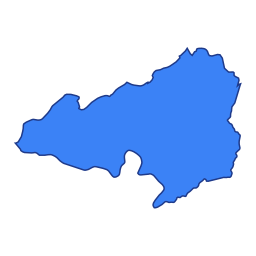 SVG path tracing the border of Bong
{"feature_id": "LBR-784", "entity_name": "Bong", "entity_type": "County", "adm_level": 1, "iso_a3": "LBR", "parent_name": "Liberia", "parent_adm1": "", "projection": "mercator", "projection_center": [-9.669, 6.93], "detail": "fine", "context": "isolated", "style": "filled", "palette": "blue", "viewbox_px": 256, "rotation_deg": 0, "n_neighbors": 0, "source": "natural_earth", "source_scale": "10m", "svg_char_len": 4310}
<svg xmlns="http://www.w3.org/2000/svg" viewBox="0 0 256 256"><path d="M179.3,56.1L180.7,55.5L185.4,51.0L187.2,48.3L190.3,53.8L192.2,55.4L194.6,51.8L195.5,51.5L196.3,51.0L196.7,49.2L197.3,48.7L198.8,48.4L201.5,48.3L203.8,48.6L205.0,49.0L206.3,49.9L207.4,51.3L208.6,54.5L209.5,55.6L212.0,56.0L217.5,54.5L220.0,54.8L222.3,58.1L224.5,68.3L228.5,72.0L229.5,72.1L233.1,72.0L234.0,72.7L234.1,75.5L235.3,76.5L238.5,78.1L239.0,80.2L237.5,85.8L239.4,84.2L240.6,83.8L240.1,85.2L234.8,102.9L231.9,106.9L231.6,109.3L231.5,111.0L230.8,112.9L230.6,114.4L230.5,116.6L230.2,117.2L227.5,119.9L227.5,120.6L228.5,121.7L229.4,123.1L230.0,123.5L231.5,124.2L232.0,124.9L232.4,125.8L232.8,127.1L233.4,127.9L233.9,128.5L234.4,129.2L234.8,131.0L235.3,131.6L236.0,131.9L236.5,132.0L237.2,132.0L237.5,132.2L237.9,132.4L238.7,133.8L240.1,135.2L240.1,136.4L239.2,141.0L239.1,142.8L239.2,144.4L239.9,147.7L239.8,148.8L239.3,149.6L238.1,150.6L237.6,151.2L236.9,151.8L236.3,152.4L235.8,153.2L235.9,154.0L236.4,154.6L236.9,155.7L236.9,156.5L236.6,157.2L235.4,158.3L235.1,159.0L234.8,159.8L234.3,160.6L233.3,162.2L233.3,163.0L233.6,164.0L233.0,166.4L232.6,167.3L232.0,168.2L230.8,169.7L230.8,170.5L231.9,172.5L232.0,173.6L231.1,176.2L230.4,177.0L229.7,177.3L228.0,177.2L226.3,177.5L223.6,177.4L208.3,181.2L206.5,181.1L206.2,180.2L205.8,179.5L204.6,178.9L203.9,179.2L203.4,179.8L202.4,180.8L200.0,182.5L199.3,183.3L198.8,184.2L198.7,185.1L198.3,186.0L197.7,186.8L196.5,187.8L195.4,188.0L194.0,188.0L193.2,188.3L190.1,191.3L187.7,193.0L186.8,194.3L185.8,196.3L185.1,196.4L184.2,196.1L182.8,195.9L181.9,196.2L181.1,196.7L180.4,197.4L179.5,197.5L178.7,197.3L177.6,197.3L177.0,197.7L176.8,198.3L176.6,199.1L175.5,200.7L174.6,201.8L174.1,202.2L173.3,202.4L171.7,202.2L171.1,202.2L169.7,202.4L168.8,202.4L167.0,201.7L165.7,201.6L164.9,201.9L162.0,204.5L157.6,207.1L155.7,207.7L154.3,207.7L153.9,207.1L153.5,206.5L153.3,205.9L153.1,205.3L153.1,204.7L153.2,204.1L153.4,203.4L153.6,202.8L155.2,200.2L159.2,195.1L161.5,192.9L163.4,190.5L163.8,189.9L164.0,189.4L164.1,188.8L164.1,188.2L164.0,187.5L163.8,186.7L163.1,185.6L162.4,184.6L158.6,181.2L154.3,176.1L153.6,175.4L152.7,174.8L151.1,174.0L150.2,173.9L149.4,173.9L148.8,174.1L140.9,174.9L139.7,174.8L139.1,174.5L138.6,174.2L137.8,173.1L141.0,165.9L141.8,163.4L141.9,162.5L141.8,161.4L141.5,159.8L141.2,158.7L140.8,157.8L140.4,157.0L139.8,156.3L138.7,155.2L136.6,153.5L133.9,151.8L132.6,151.2L131.3,150.7L129.8,150.4L129.1,150.3L128.5,150.4L127.9,150.6L127.2,151.1L126.1,152.2L125.3,153.4L125.0,154.0L124.7,154.7L124.5,155.4L124.4,156.2L124.4,157.7L124.8,161.4L124.8,162.1L124.6,162.7L124.2,163.3L121.8,165.5L121.4,166.1L120.8,167.3L120.4,168.7L120.1,169.9L119.8,172.3L119.4,174.2L119.1,174.8L118.6,175.4L117.7,176.1L115.8,177.0L114.7,177.1L113.9,177.1L113.3,176.7L112.7,176.3L111.6,175.0L108.8,171.2L108.3,170.7L107.1,169.8L106.5,169.5L102.9,168.3L96.1,166.7L94.6,166.6L94.0,166.7L92.2,167.4L88.5,169.4L86.3,170.0L85.0,170.2L83.8,170.0L63.9,163.4L62.6,162.7L61.2,161.7L59.8,160.6L57.1,157.8L56.3,157.2L55.2,156.4L53.0,155.3L51.7,154.8L50.7,154.6L48.2,154.7L44.7,155.2L39.4,155.2L36.7,153.0L35.1,152.5L34.3,152.6L33.0,152.8L31.5,152.9L24.5,152.5L22.6,151.8L20.9,150.6L20.4,149.2L15.4,143.2L15.5,143.2L17.8,142.3L18.8,141.0L21.4,136.6L22.7,131.4L23.2,128.6L23.4,125.1L23.6,124.5L23.8,123.9L24.9,123.1L26.4,122.1L31.8,119.7L33.0,119.4L33.6,119.4L37.7,120.1L38.9,120.1L40.1,119.9L41.4,119.5L42.6,118.6L47.7,113.2L50.2,109.9L51.8,106.9L52.6,105.8L63.1,97.2L64.5,95.5L65.0,95.0L66.7,94.3L70.9,94.4L76.5,95.8L78.8,96.8L79.0,97.0L79.1,97.5L79.1,97.9L78.9,98.8L78.5,99.3L77.8,99.9L77.4,100.6L77.2,101.2L77.6,101.7L78.0,102.2L78.3,102.8L78.8,104.5L79.0,105.1L79.5,106.7L79.5,107.1L79.3,107.5L79.0,107.8L78.8,108.2L78.8,108.5L79.2,108.8L79.7,109.0L81.4,109.8L83.9,109.4L86.7,107.4L91.7,102.4L97.7,98.3L101.1,96.8L104.9,95.7L105.8,95.6L106.9,95.6L107.9,95.8L108.7,96.2L109.6,96.4L110.3,95.8L111.1,94.9L112.1,94.5L112.9,93.8L116.0,90.0L118.6,88.0L124.6,84.5L126.9,82.3L131.6,84.5L133.9,85.1L139.7,85.9L140.8,85.9L142.3,85.5L143.7,84.9L146.4,83.0L147.8,82.3L147.8,83.3L150.1,82.1L152.1,79.9L153.2,77.4L152.3,75.6L153.2,73.6L154.4,71.8L156.1,70.5L160.5,69.7L163.6,68.2L167.2,67.4L169.8,66.2L176.0,62.0L179.9,57.9L179.7,57.3L179.6,56.7L179.3,56.2L179.3,56.1Z" fill="#3b82f6" stroke="#1e3a8a" stroke-width="1.5"/></svg>